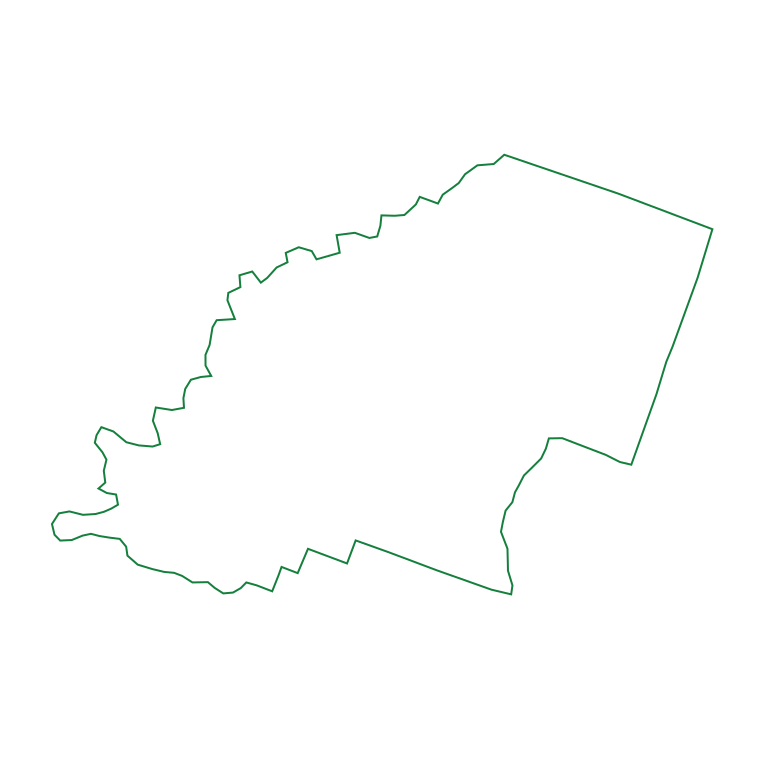 Cândido Godói, Rio Grande do Sul, Brazil, rotated 291°
{"feature_id": "56859067B20748730789342", "entity_name": "Cândido Godói", "entity_type": "district", "adm_level": 2, "iso_a3": "BRA", "parent_name": "Brazil", "parent_adm1": "Rio Grande do Sul", "projection": "natural_earth1", "projection_center": [-54.75, -27.926], "detail": "fine", "context": "isolated", "style": "outline", "palette": "green", "viewbox_px": 768, "rotation_deg": 291, "n_neighbors": 0, "source": "geoboundaries", "source_scale": "gbopen_adm2", "svg_char_len": 1786}
<svg xmlns="http://www.w3.org/2000/svg" viewBox="0 0 768 768"><g transform="rotate(291 384 384)"><path d="M395.7,632.2L397.3,643.8L472.3,642.0L497.2,640.2L506.0,639.6L522.4,640.0L595.7,638.7L646.2,635.1L645.7,535.0L641.1,414.1L628.7,407.6L621.6,392.8L608.9,384.5L598.5,381.8L591.6,377.5L581.8,371.0L571.8,369.7L571.5,350.3L563.0,349.4L549.1,342.5L544.9,333.7L540.5,321.2L530.5,323.9L519.3,324.8L515.1,318.0L514.7,302.6L506.0,286.4L490.7,295.6L476.2,276.3L482.2,268.9L481.1,255.4L471.2,245.3L463.1,250.3L454.3,242.0L441.3,237.0L434.5,232.7L441.8,220.7L433.7,210.1L423.0,215.2L413.3,206.0L406.1,207.8L391.2,221.5L383.6,204.9L375.4,203.6L358.0,207.2L347.2,206.9L337.2,210.8L329.6,219.8L324.9,210.5L318.8,202.2L308.2,200.2L298.9,201.8L290.1,205.8L283.7,195.3L280.3,179.4L266.9,181.4L256.9,190.4L247.6,196.6L242.7,190.4L238.8,177.1L237.3,164.3L242.7,148.4L242.4,135.6L233.2,134.0L225.5,135.1L219.3,145.7L213.9,152.0L202.6,153.5L192.1,159.1L184.1,154.9L182.9,164.3L184.8,173.5L176.0,178.9L169.9,174.0L164.3,168.3L159.3,161.4L154.0,149.9L152.3,136.0L146.7,126.8L134.3,124.2L125.2,130.4L121.8,137.8L126.4,148.4L134.4,156.9L139.1,164.1L140.1,172.9L142.3,183.2L144.7,192.8L139.7,201.6L131.8,206.0L127.1,218.8L128.2,234.1L129.8,246.2L132.5,255.7L132.5,264.2L130.1,276.3L135.9,290.6L133.0,298.9L130.9,309.0L135.2,317.8L142.1,323.4L149.4,326.6L150.4,337.3L150.4,353.9L168.0,354.1L176.5,353.9L176.5,371.2L202.9,372.1L203.2,413.8L227.8,413.6L228.6,447.5L229.0,500.4L230.5,558.1L233.2,578.1L242.0,576.1L254.2,566.6L261.4,563.7L267.9,561.0L274.5,558.3L280.9,552.5L287.9,546.2L297.9,544.4L309.4,542.9L319.7,546.2L329.9,545.1L337.5,546.2L348.7,547.4L360.9,553.0L370.8,557.4L381.7,558.3L392.3,557.4L397.3,569.8L397.3,596.5L397.3,616.5L395.7,632.2Z" fill="none" stroke="#15803d" stroke-width="2"/></g></svg>